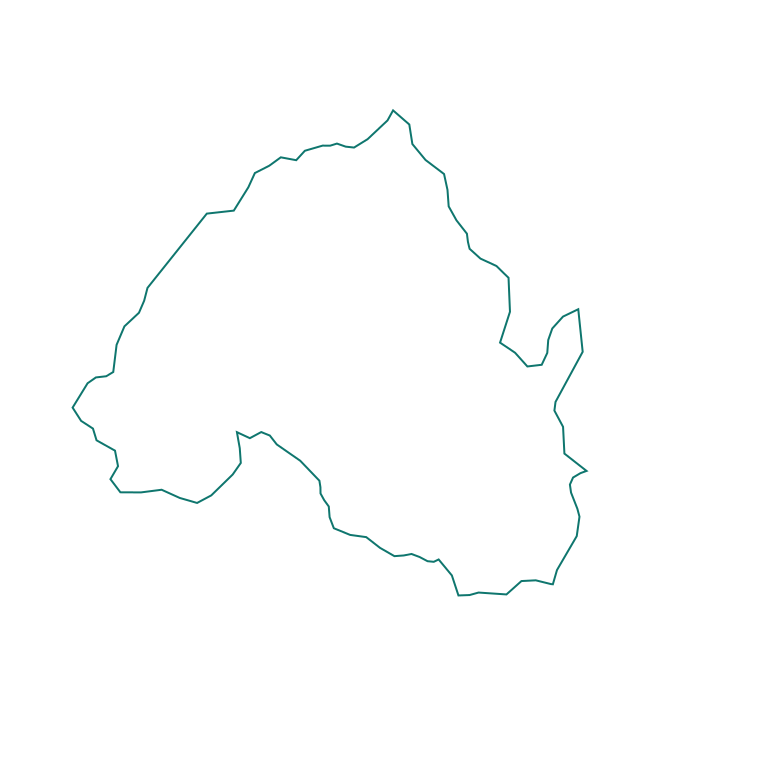 outline of Shida Kartli, rotated 123°
{"feature_id": "GEO-3039", "entity_name": "Shida Kartli", "entity_type": "Region", "adm_level": 1, "iso_a3": "GEO", "parent_name": "Georgia", "parent_adm1": "", "projection": "mercator", "projection_center": [44.031, 42.172], "detail": "fine", "context": "isolated", "style": "outline", "palette": "teal", "viewbox_px": 768, "rotation_deg": 123, "n_neighbors": 0, "source": "natural_earth", "source_scale": "10m", "svg_char_len": 1594}
<svg xmlns="http://www.w3.org/2000/svg" viewBox="0 0 768 768"><g transform="rotate(123 384 384)"><path d="M346.6,166.8L351.8,170.7L359.5,174.5L367.1,173.3L373.2,168.0L383.3,153.9L388.8,147.8L406.6,139.5L445.8,137.6L460.0,133.3L460.9,135.1L466.0,149.8L474.4,161.4L493.8,166.7L507.4,191.1L514.4,197.3L520.8,206.4L507.6,222.8L501.4,242.6L506.0,245.4L508.9,251.0L509.7,259.9L511.6,268.4L517.0,274.0L522.7,281.5L523.6,298.1L522.1,315.5L529.0,330.2L532.3,347.5L525.3,357.1L516.8,363.6L514.0,370.9L510.4,377.6L505.2,381.1L500.3,385.5L494.0,412.4L493.1,440.8L492.9,441.6L489.4,451.7L491.2,460.8L502.5,467.0L504.5,481.1L510.0,476.0L516.4,470.0L528.2,461.1L542.3,461.6L571.5,468.2L585.6,476.0L586.9,480.4L587.2,481.4L590.8,493.2L593.8,512.9L607.3,528.8L618.4,546.1L612.8,561.6L597.8,562.3L586.4,573.3L587.8,594.4L579.9,603.8L579.9,617.9L573.4,632.3L544.8,633.0L535.4,629.2L528.8,621.2L521.4,617.6L496.8,629.6L477.0,633.1L457.7,628.3L444.8,630.5L432.2,634.7L337.6,625.4L320.4,604.4L292.9,604.9L277.4,607.2L263.4,599.1L250.1,594.0L244.1,579.5L231.5,577.4L217.5,565.3L213.5,559.0L208.0,554.4L205.8,545.4L202.0,537.9L187.6,531.1L161.0,524.6L149.6,525.4L152.6,504.1L167.3,490.9L173.5,471.2L175.2,448.0L186.6,436.5L199.8,426.5L207.3,412.3L212.8,396.3L219.1,391.0L221.5,388.5L221.9,388.1L224.0,385.8L226.3,371.4L223.8,353.9L225.8,344.1L227.1,337.4L235.4,331.5L254.8,317.7L286.1,309.2L286.4,291.1L291.2,273.3L282.0,262.2L269.0,264.0L257.7,270.2L245.8,273.1L230.0,270.6L215.5,261.8L248.8,234.9L305.6,230.4L313.5,226.6L322.4,210.5L344.1,194.8L346.6,166.8Z" fill="none" stroke="#0f766e" stroke-width="2"/></g></svg>